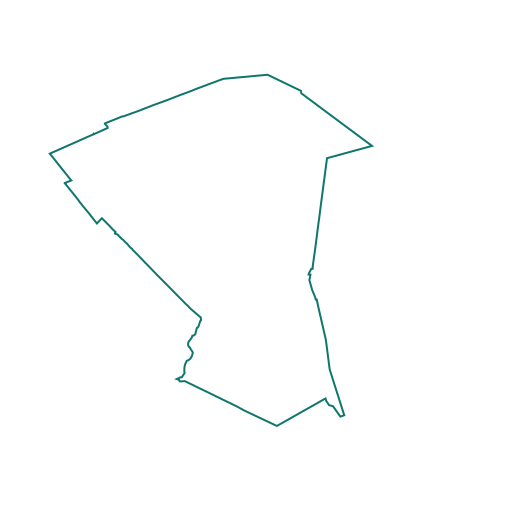 El Carmen, Nuevo León, Mexico (Mercator projection), rotated 157°
{"feature_id": "50627088B1236643819517", "entity_name": "El Carmen", "entity_type": "district", "adm_level": 2, "iso_a3": "MEX", "parent_name": "Mexico", "parent_adm1": "Nuevo León", "projection": "mercator", "projection_center": [-100.342, 25.914], "detail": "fine", "context": "isolated", "style": "outline", "palette": "teal", "viewbox_px": 512, "rotation_deg": 157, "n_neighbors": 0, "source": "geoboundaries", "source_scale": "gbopen_adm2", "svg_char_len": 3517}
<svg xmlns="http://www.w3.org/2000/svg" viewBox="0 0 512 512"><g transform="rotate(157 256 256)"><path d="M237.0,74.9L232.5,122.8L224.5,151.3L219.0,182.3L218.4,185.7L217.1,192.2L218.0,192.5L217.7,195.0L217.6,196.2L217.6,197.9L217.6,200.5L217.6,202.5L216.3,212.9L213.2,217.5L214.8,218.4L213.9,219.4L212.3,220.8L210.1,222.6L208.9,222.1L208.6,222.6L208.5,222.8L207.7,224.5L204.0,230.7L203.9,230.9L203.8,231.0L203.7,231.2L199.9,237.5L195.0,245.8L188.4,257.2L186.8,259.8L186.5,260.4L185.2,262.6L184.2,264.2L181.8,268.3L181.5,268.8L181.4,268.9L181.2,269.4L181.0,269.6L179.3,272.6L177.8,275.2L152.4,318.3L106.2,312.0L139.8,369.4L149.5,386.0L150.7,388.0L150.3,390.3L150.2,390.4L150.3,390.7L152.9,393.7L153.1,393.9L153.3,394.1L174.5,418.3L181.1,420.4L184.1,421.4L191.7,423.8L193.2,424.3L193.7,424.4L194.4,424.7L194.6,424.7L197.7,425.7L203.8,427.7L204.2,427.8L208.6,429.2L209.9,429.6L210.1,429.7L211.4,430.1L212.1,430.3L213.3,430.7L215.0,431.3L217.1,431.9L228.4,432.4L229.6,432.5L230.6,432.5L231.7,432.6L232.8,432.6L233.8,432.7L234.8,432.7L235.8,432.7L236.8,432.8L237.8,432.8L238.8,432.9L239.7,432.9L242.0,433.0L246.7,433.2L247.0,433.2L247.7,433.2L249.9,433.2L250.6,433.2L263.4,433.8L273.1,434.1L276.4,434.2L291.3,435.0L299.4,435.2L301.4,435.3L306.2,435.4L312.2,435.7L316.9,436.0L323.3,436.3L324.1,436.5L324.3,436.7L324.6,436.8L325.1,436.8L325.5,436.8L329.4,436.8L337.6,437.0L342.9,437.1L343.2,437.1L343.4,437.0L343.4,436.8L343.4,436.6L342.3,433.4L342.2,433.0L342.3,432.5L342.4,432.1L342.6,431.8L357.4,431.5L357.7,432.0L358.3,431.5L360.2,431.5L369.1,431.4L385.7,431.1L393.2,431.0L398.8,430.9L399.0,430.9L404.1,430.8L405.8,430.8L403.1,421.3L402.8,420.1L402.4,418.8L402.1,417.5L401.7,416.3L401.4,415.0L401.0,413.6L400.6,412.2L399.3,407.4L398.9,406.1L398.5,404.8L398.2,403.6L397.8,402.3L397.5,401.0L397.1,399.8L396.8,398.5L396.5,397.7L399.0,397.8L403.0,397.9L402.9,397.5L403.5,397.5L401.6,390.9L398.9,381.4L398.1,378.4L397.7,377.0L397.2,374.5L395.6,368.8L394.7,366.0L392.7,359.1L392.2,357.0L392.1,356.8L391.3,353.7L389.7,348.1L383.2,351.0L381.6,347.3L379.6,342.2L377.8,337.5L377.8,337.2L377.7,336.9L376.6,334.5L375.9,332.9L376.9,332.2L377.1,332.0L377.1,331.8L377.0,331.6L376.7,331.4L375.0,329.8L374.8,329.4L374.6,329.0L374.6,328.4L374.4,327.8L373.8,326.6L373.0,324.4L372.1,323.0L371.5,321.5L371.1,320.3L370.0,318.0L368.5,313.2L368.2,312.6L368.0,312.1L367.8,311.9L367.3,310.9L367.2,310.7L367.2,310.3L367.1,309.7L366.1,307.3L365.8,306.8L365.7,306.4L360.8,293.7L360.6,292.9L360.4,292.7L358.6,288.1L354.8,278.1L352.1,271.3L352.0,271.2L340.0,240.9L340.0,240.7L339.4,239.4L339.2,239.0L338.9,238.2L338.2,236.9L337.9,236.1L337.8,235.5L336.5,232.3L330.9,221.0L331.6,218.5L332.0,218.2L332.6,218.0L333.7,216.9L335.7,214.4L336.9,213.3L337.3,213.0L337.7,212.9L337.9,212.9L338.1,213.0L338.4,212.9L338.8,212.6L342.3,207.9L343.2,207.4L344.0,207.3L344.6,207.2L345.0,207.3L345.7,207.5L346.9,206.1L348.0,205.4L350.1,204.1L351.5,203.4L352.2,202.7L352.8,201.7L353.3,200.5L353.4,200.1L353.3,199.4L353.0,198.0L352.8,197.8L352.6,197.5L352.6,197.2L352.6,196.2L351.9,192.7L351.9,192.2L352.0,191.6L354.1,189.0L355.2,188.0L356.6,187.1L357.8,186.8L358.9,186.5L359.7,186.5L360.4,186.6L360.7,186.6L363.2,184.3L364.1,183.3L364.9,182.2L365.7,180.8L366.8,178.5L367.5,176.1L369.9,174.6L371.6,173.4L371.9,173.4L372.7,173.8L377.0,173.7L375.3,172.1L375.2,171.1L375.2,170.5L373.9,169.8L370.5,168.7L332.4,125.0L327.4,118.6L303.2,91.4L247.7,97.7L248.0,95.3L247.0,90.2L243.8,87.6L242.5,81.7L241.1,75.2L237.0,74.9Z" fill="none" stroke="#0f766e" stroke-width="2"/></g></svg>